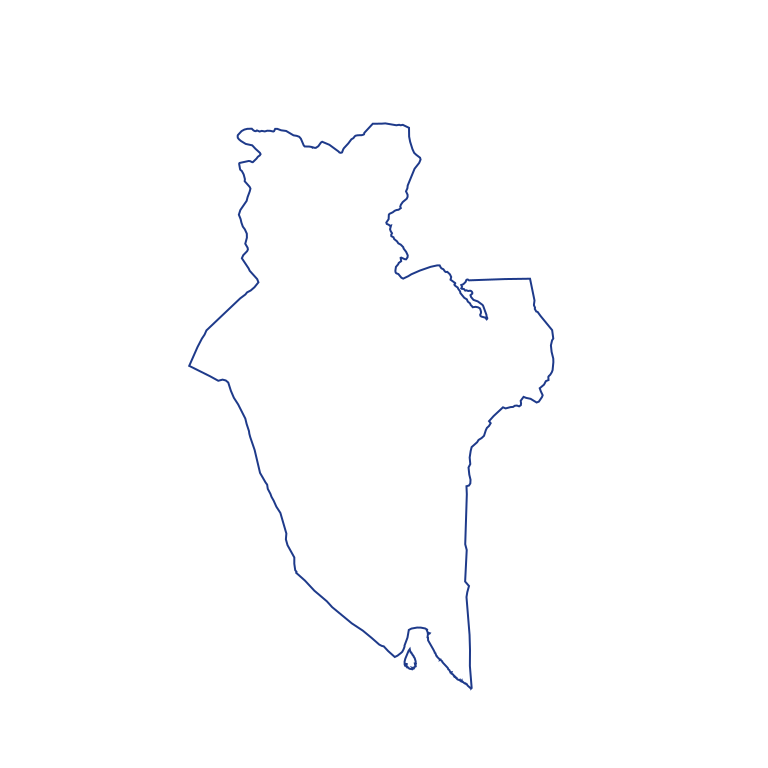 the district of Labuhan Batu Utara, Sumatera Utara, Indonesia, rotated 137°
{"feature_id": "22746128B7095356521044", "entity_name": "Labuhan Batu Utara", "entity_type": "district", "adm_level": 2, "iso_a3": "IDN", "parent_name": "Indonesia", "parent_adm1": "Sumatera Utara", "projection": "natural_earth1", "projection_center": [99.755, 2.426], "detail": "fine", "context": "isolated", "style": "outline", "palette": "blue", "viewbox_px": 768, "rotation_deg": 137, "n_neighbors": 0, "source": "geoboundaries", "source_scale": "gbopen_adm2", "svg_char_len": 6167}
<svg xmlns="http://www.w3.org/2000/svg" viewBox="0 0 768 768"><g transform="rotate(137 384 384)"><path d="M229.2,301.8L224.3,308.7L223.1,327.0L222.5,331.9L223.2,333.2L222.5,336.1L221.5,336.8L220.7,339.2L220.2,339.8L217.0,342.4L205.4,361.4L223.7,378.0L251.2,401.9L251.4,403.1L251.9,403.7L252.9,403.9L254.7,403.0L256.8,402.9L257.9,402.9L260.0,403.7L260.6,401.9L262.3,401.2L262.1,400.4L260.8,399.1L260.9,396.9L259.8,396.3L259.0,394.6L257.4,393.5L256.9,392.6L256.8,391.5L257.1,390.6L257.8,389.9L260.2,390.0L261.0,388.2L261.2,384.5L259.1,380.5L258.0,374.7L258.2,373.5L262.0,364.6L262.9,363.5L263.4,362.0L263.9,361.4L264.8,361.3L264.7,363.5L266.8,366.9L267.0,368.0L266.5,369.0L265.0,369.6L263.9,370.5L262.8,372.5L262.3,374.0L262.9,375.9L264.3,377.9L266.8,379.7L266.6,380.6L266.7,382.6L266.1,384.3L266.5,387.1L265.7,389.4L266.5,392.3L266.1,398.5L265.2,399.8L264.8,403.0L264.3,404.3L264.9,407.0L264.9,408.3L264.6,408.8L263.4,408.9L263.1,409.3L264.2,414.9L261.9,416.4L261.0,419.2L261.2,422.8L262.4,423.7L262.7,424.8L262.3,427.4L263.0,429.1L263.1,430.3L262.4,432.8L264.1,434.4L270.0,437.9L280.4,442.5L289.2,445.6L292.7,446.3L298.1,448.0L298.8,449.9L298.5,454.6L299.4,456.4L299.5,457.1L299.2,458.1L298.3,459.2L295.4,461.5L292.0,461.9L290.6,462.5L287.7,462.1L285.8,464.9L285.2,464.7L283.7,461.1L282.8,460.1L280.4,460.6L278.9,461.9L277.7,465.5L277.3,469.6L276.6,471.0L276.7,474.5L277.6,477.1L277.2,479.5L277.7,483.1L277.0,484.8L277.8,487.1L277.0,488.2L275.3,488.8L274.9,491.1L274.0,493.1L270.8,495.1L271.8,495.6L271.9,497.1L272.8,499.2L272.2,500.5L268.2,501.4L265.0,504.5L263.9,504.7L260.5,503.6L258.1,503.4L256.2,502.7L254.5,501.5L251.7,501.2L251.2,502.6L249.4,503.6L246.2,504.3L241.0,504.0L239.1,504.8L237.7,506.3L236.5,509.9L233.4,511.2L231.3,513.0L214.8,520.6L207.5,521.7L204.2,523.2L203.3,524.9L204.1,529.6L204.3,532.5L203.0,536.4L199.7,543.3L196.9,547.8L191.0,554.3L193.5,560.7L195.4,561.9L196.1,563.2L198.5,564.8L205.3,573.7L208.3,576.1L214.7,582.0L227.1,581.1L228.2,580.3L228.8,580.3L230.8,581.3L233.4,583.7L235.3,584.9L236.4,585.1L238.7,584.7L241.0,585.2L246.0,584.3L252.5,583.8L253.9,583.4L256.7,582.0L257.9,582.5L258.7,583.7L258.7,585.1L260.8,596.2L264.0,603.3L265.4,603.6L269.9,602.7L272.8,603.2L273.8,604.2L274.7,605.8L275.1,605.7L275.4,606.9L276.8,608.7L280.0,611.8L280.0,613.2L277.5,620.1L277.4,622.6L278.6,625.0L280.6,627.6L283.0,635.8L286.2,639.7L288.0,643.3L289.6,644.8L292.0,643.9L292.8,644.2L294.6,646.8L296.7,648.9L298.9,650.0L300.8,652.5L302.8,653.5L304.0,656.1L305.3,656.3L306.1,657.3L306.5,658.6L306.6,660.9L309.9,663.8L312.6,665.3L315.7,666.1L321.1,665.7L321.9,665.2L323.0,663.8L323.2,661.9L322.9,659.3L321.4,653.9L317.6,648.4L317.6,643.7L317.1,637.7L317.5,636.3L318.9,635.9L321.3,636.2L323.5,635.8L328.6,635.7L329.1,636.1L330.0,638.4L330.9,639.4L338.8,644.1L339.4,644.1L340.0,643.5L342.8,639.2L343.0,638.3L342.7,636.8L343.7,633.0L346.0,628.7L347.6,627.3L347.8,619.9L348.4,618.0L350.9,616.4L356.3,613.7L359.6,611.6L370.4,609.2L374.7,606.8L376.4,602.4L378.2,599.3L379.9,595.4L380.3,592.0L381.8,587.5L384.5,584.5L389.8,581.2L390.8,576.7L391.8,575.2L393.5,574.5L399.1,574.2L402.2,572.9L404.2,560.8L405.0,558.4L405.2,547.2L406.5,544.0L412.8,543.1L417.7,543.3L421.7,544.4L424.3,544.0L430.7,544.7L477.3,544.3L481.5,542.5L486.2,541.4L495.2,538.2L514.1,530.1L505.9,508.2L503.0,499.4L499.1,497.3L497.3,494.5L496.9,491.3L500.6,483.5L503.2,476.3L504.6,468.5L509.0,453.3L511.7,448.5L514.9,441.6L516.4,439.5L518.1,436.3L523.6,424.0L535.3,403.5L537.8,392.7L538.1,390.1L540.5,386.6L542.0,381.1L543.2,378.3L544.3,373.8L546.4,367.7L547.7,360.4L557.4,341.2L561.7,337.3L564.5,331.9L567.9,318.3L572.2,313.7L575.9,308.4L576.1,306.3L577.0,305.8L575.9,294.3L575.9,280.3L574.0,264.1L574.1,256.1L570.8,230.9L567.7,218.1L566.2,206.7L565.2,196.7L564.2,193.9L563.1,192.3L563.1,185.9L562.3,177.0L559.4,176.1L554.9,175.7L553.3,175.7L550.7,176.6L548.1,177.9L547.4,178.7L539.8,182.5L533.6,187.2L530.7,186.4L525.9,183.3L523.2,180.7L520.6,177.1L520.0,175.0L520.7,174.7L521.2,173.0L522.1,171.7L521.0,171.3L520.5,170.5L521.0,170.4L521.9,171.0L522.8,170.8L525.0,169.0L524.8,168.5L526.6,166.4L529.0,156.2L529.8,153.4L530.2,152.8L530.0,152.1L531.1,149.5L530.9,149.1L531.2,148.4L531.1,144.8L530.7,144.2L531.1,144.0L530.8,143.9L530.6,141.4L530.9,141.0L531.0,139.7L531.0,133.6L531.1,132.3L531.6,131.5L531.3,130.2L532.1,127.8L531.5,127.4L531.9,127.3L531.7,126.9L532.0,126.8L531.9,126.2L532.1,126.1L531.6,124.4L532.0,122.9L531.8,122.6L532.0,122.1L531.7,122.1L531.9,121.4L531.5,121.0L531.8,119.8L531.4,119.4L531.7,118.9L531.7,117.8L530.8,116.0L530.2,115.9L530.6,114.9L530.4,114.0L529.5,114.1L530.0,113.4L529.9,113.0L529.5,113.1L529.3,110.6L529.0,109.9L528.7,110.1L528.9,109.8L528.5,109.5L528.6,108.4L528.2,108.1L528.5,106.4L528.2,102.9L527.5,102.1L527.7,101.9L527.2,101.9L513.5,119.2L502.6,130.7L492.5,142.2L469.0,171.9L465.0,175.0L459.6,178.3L459.4,184.2L436.7,206.2L433.9,211.4L398.6,246.9L393.4,253.0L391.1,251.8L388.7,252.4L386.0,255.0L383.4,259.6L379.1,265.3L375.5,266.6L371.5,271.8L366.3,275.9L362.9,278.1L355.6,277.9L353.0,278.6L349.5,277.9L346.2,277.9L341.0,280.8L338.7,281.7L335.8,281.7L332.7,282.6L332.5,285.2L325.7,285.8L312.9,285.8L311.7,283.2L307.2,280.8L305.2,279.2L303.2,278.9L301.5,277.6L300.4,275.5L298.4,275.2L297.0,276.3L295.5,278.5L290.7,279.4L289.5,276.9L286.9,273.2L285.0,266.4L282.8,265.5L277.4,266.7L275.6,267.6L274.3,271.7L273.0,274.7L267.4,274.4L263.7,275.7L261.0,274.7L259.0,277.1L258.0,277.4L256.1,277.4L253.2,278.2L251.2,279.2L245.3,284.4L242.9,287.1L239.5,293.2L235.6,298.4L231.3,301.3L229.2,301.8ZM555.9,155.7L553.5,156.3L552.7,156.9L553.0,157.0L552.7,157.5L552.6,157.0L551.8,157.5L552.1,157.7L552.3,157.4L552.3,157.6L551.3,158.7L550.8,159.0L551.4,158.1L550.0,159.6L548.5,162.6L548.3,164.2L548.0,164.5L547.8,165.7L548.0,166.0L547.6,167.0L547.6,168.1L547.2,168.8L547.5,169.4L547.3,169.5L546.9,171.1L546.0,172.5L548.0,172.1L555.7,168.6L558.2,167.0L560.2,164.8L561.0,162.9L560.3,163.8L560.3,162.7L557.8,164.4L558.4,163.6L560.1,162.4L559.8,161.4L560.2,160.7L559.7,160.3L559.6,158.5L557.8,156.0L557.3,156.1L557.1,156.6L557.1,156.0L556.5,155.7L556.8,156.0L556.6,156.0L556.6,156.7L556.3,156.2L556.0,156.3L555.9,155.7Z" fill="none" stroke="#1e3a8a" stroke-width="2"/></g></svg>